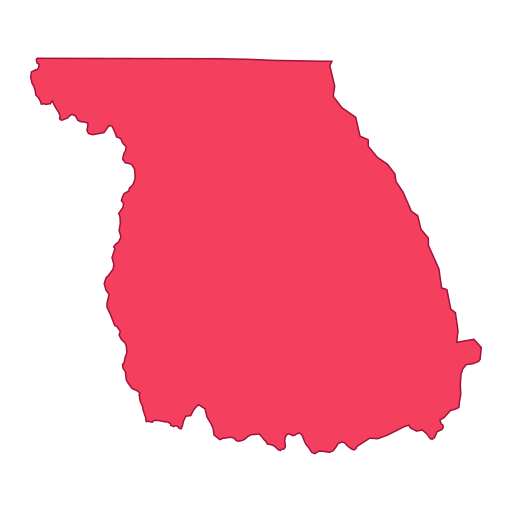 Jackson, Colorado, United States of America (Mercator projection)
{"feature_id": "52423323B6284215634036", "entity_name": "Jackson", "entity_type": "district", "adm_level": 2, "iso_a3": "USA", "parent_name": "United States of America", "parent_adm1": "Colorado", "projection": "mercator", "projection_center": [-106.44, 40.663], "detail": "fine", "context": "isolated", "style": "filled", "palette": "rose", "viewbox_px": 512, "rotation_deg": 0, "n_neighbors": 0, "source": "geoboundaries", "source_scale": "gbopen_adm2", "svg_char_len": 3394}
<svg xmlns="http://www.w3.org/2000/svg" viewBox="0 0 512 512"><path d="M37.3,58.3L36.3,59.3L37.0,63.0L39.2,64.3L38.7,67.0L38.2,68.5L36.9,69.9L36.0,69.6L31.4,72.0L30.7,77.4L32.1,83.4L34.0,86.6L35.3,91.1L35.8,95.0L38.0,97.2L39.8,100.0L41.0,103.2L41.4,104.2L43.4,103.8L46.1,104.3L50.4,103.7L51.4,101.9L52.5,101.0L52.8,101.9L54.6,105.8L56.0,108.2L58.8,112.5L60.3,116.8L59.5,118.0L60.1,119.5L61.9,120.2L65.1,118.9L67.7,117.9L68.6,116.7L71.7,114.4L75.1,115.6L77.1,118.7L78.0,120.5L81.2,121.8L84.6,122.0L87.9,123.2L87.7,126.4L86.9,130.3L88.5,133.5L92.7,134.7L104.0,132.6L106.9,128.5L108.9,125.8L111.9,126.0L113.1,128.3L115.2,133.0L116.5,136.9L120.7,138.5L122.3,142.4L123.3,143.9L126.2,146.7L125.5,150.7L123.9,153.4L123.0,157.1L122.8,159.6L124.1,161.0L125.1,162.7L127.5,163.2L131.5,164.2L134.5,169.0L135.0,174.6L135.0,179.4L132.8,184.8L129.4,188.1L128.9,190.9L124.2,193.5L122.5,196.8L121.4,200.8L123.6,203.5L122.9,207.5L118.7,213.4L120.0,216.8L120.3,223.5L119.1,230.4L121.0,236.9L118.5,242.1L115.9,243.9L113.7,246.9L115.0,248.6L112.0,257.6L113.9,264.5L113.1,269.1L108.5,275.4L106.1,277.6L104.2,283.6L106.0,290.2L109.1,294.4L107.8,299.8L107.0,303.8L107.0,307.3L110.4,314.4L113.6,322.6L114.7,325.5L116.7,326.3L120.3,331.3L119.1,335.1L121.5,339.6L125.0,342.9L126.3,345.8L126.9,352.6L125.1,357.3L124.3,362.1L122.5,364.6L123.1,368.4L125.4,371.7L126.2,379.6L128.1,383.1L132.0,388.5L136.7,390.5L140.0,393.0L139.1,394.7L140.2,401.2L142.5,406.3L143.1,410.0L145.8,418.0L145.8,419.9L146.3,421.6L147.9,421.3L152.1,422.2L154.4,420.3L159.3,420.6L165.1,421.9L167.7,421.9L170.6,423.9L170.7,425.2L173.8,426.6L175.4,425.8L178.0,426.2L178.5,427.8L181.0,428.9L182.3,426.2L183.4,421.4L185.8,416.2L190.7,415.6L193.7,409.8L195.8,407.3L198.5,404.7L205.0,408.8L207.0,417.0L211.1,423.9L213.2,428.7L214.0,435.0L218.1,438.2L219.7,439.6L221.3,439.3L222.3,438.2L225.1,438.2L226.9,437.7L230.6,437.3L233.7,437.9L236.0,440.4L238.2,441.2L241.9,440.6L244.9,439.1L247.9,436.5L251.0,434.7L255.3,434.4L259.2,433.9L262.0,437.0L264.1,439.7L266.0,441.6L267.3,444.0L270.6,444.6L274.3,445.9L276.8,448.4L278.7,450.0L280.4,450.5L281.5,449.4L284.2,448.9L285.5,446.5L285.2,444.7L284.7,440.4L285.2,437.6L286.4,435.0L288.7,433.7L290.2,434.3L292.2,435.5L293.8,435.5L295.1,434.9L297.0,433.7L299.8,433.0L302.0,435.1L303.0,437.6L304.5,441.4L305.8,444.1L309.2,448.3L311.5,452.1L314.7,453.7L318.6,451.2L323.0,451.3L326.8,451.9L329.6,452.3L333.2,450.7L336.6,446.2L338.1,443.5L341.5,442.1L344.5,442.6L347.8,446.2L352.1,449.3L354.1,449.9L356.1,448.5L356.8,446.5L362.1,443.1L369.7,438.2L377.7,438.7L387.4,435.1L398.0,429.8L403.7,426.9L408.8,425.1L410.3,427.9L416.5,431.1L422.3,430.0L426.9,433.9L430.2,438.6L432.1,439.2L434.3,437.9L435.3,436.0L437.0,431.8L442.1,429.4L443.3,427.2L442.7,424.8L441.2,423.9L439.9,420.1L444.2,417.4L450.5,410.5L455.4,409.1L458.9,407.4L459.2,403.4L460.8,394.0L460.3,384.9L461.0,374.3L462.7,369.0L466.4,364.5L472.1,363.9L478.5,361.5L480.1,359.3L481.3,347.5L473.9,339.3L456.7,342.3L458.0,330.8L455.4,312.7L450.8,309.2L446.9,289.6L441.6,287.9L438.9,268.9L428.5,245.6L428.3,238.0L421.0,229.4L417.7,215.7L411.3,211.1L403.1,192.2L396.0,181.5L394.9,174.0L387.4,164.2L377.2,157.2L368.3,146.3L368.2,139.8L360.0,136.1L355.7,117.3L341.8,107.6L333.2,96.3L334.7,86.1L329.8,65.8L331.9,61.3L320.0,61.2L274.2,60.4L245.5,59.2L243.0,59.2L225.8,58.9L222.9,58.8L222.0,58.7L215.6,58.7L37.3,58.3Z" fill="#f43f5e" stroke="#9f1239" stroke-width="1.5"/></svg>